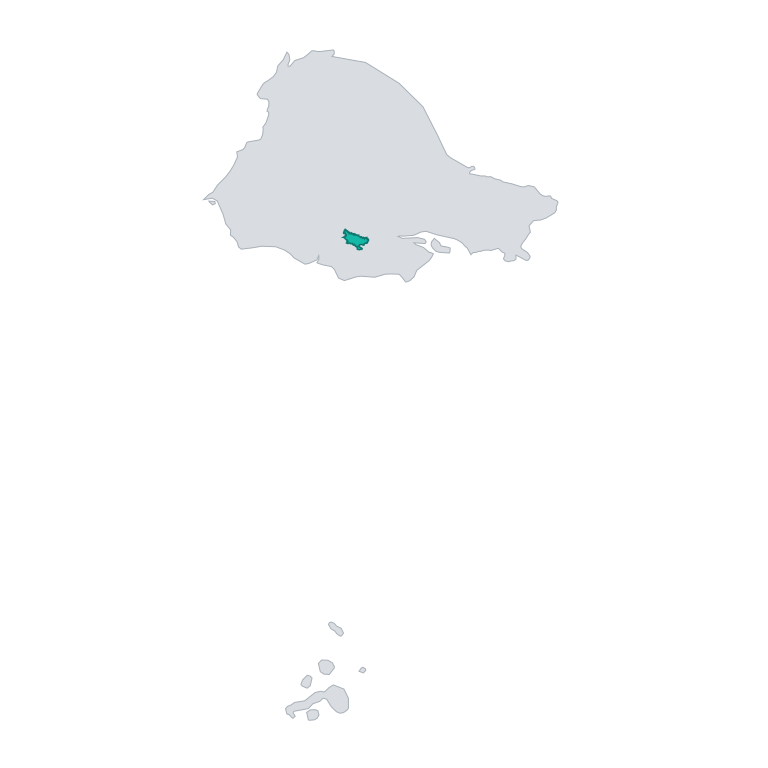 location of Balzar, Guayas, Ecuador, rotated 269°
{"feature_id": "8360857B55301947791088", "entity_name": "Balzar", "entity_type": "district", "adm_level": 2, "iso_a3": "ECU", "parent_name": "Ecuador", "parent_adm1": "Guayas", "projection": "equal_earth", "projection_center": [-79.85, -1.302], "detail": "fine", "context": "in_parent", "style": "filled", "palette": "teal", "viewbox_px": 768, "rotation_deg": 269, "n_neighbors": 0, "source": "geoboundaries", "source_scale": "gbopen_adm2", "svg_char_len": 8126}
<svg xmlns="http://www.w3.org/2000/svg" viewBox="0 0 768 768"><g transform="rotate(269 384 384)"><path d="M717.5,292.7L715.2,294.7L709.6,295.5L705.2,293.6L703.5,293.6L703.3,295.5L709.0,300.5L711.7,309.4L715.8,314.7L718.3,317.4L718.5,319.3L717.7,322.8L717.5,325.8L718.9,339.2L717.9,340.0L714.9,340.0L712.4,337.7L705.8,371.1L684.5,404.2L660.5,427.8L632.7,441.4L612.2,450.8L609.1,454.4L599.1,471.1L598.6,472.7L600.0,475.6L600.1,477.4L598.6,478.5L597.3,478.7L596.7,477.8L596.3,475.8L594.9,473.8L593.4,473.2L592.4,473.7L592.4,475.5L590.3,484.5L590.2,488.9L589.3,490.6L589.4,494.5L587.3,498.2L585.7,504.2L584.1,506.1L581.9,515.4L578.8,524.7L578.6,527.9L579.5,530.1L579.9,532.0L578.5,537.7L571.4,543.3L569.5,546.0L568.7,549.1L569.2,551.7L569.0,553.9L566.7,554.7L564.3,560.0L562.6,561.2L558.1,559.4L554.8,559.4L552.2,557.7L547.1,548.9L545.3,543.6L544.7,536.4L539.7,531.8L533.2,533.0L531.3,531.3L526.5,528.2L522.4,524.8L519.3,523.1L516.9,523.9L513.0,529.7L509.3,532.3L507.7,532.1L505.4,530.4L505.0,528.4L510.6,518.2L506.4,518.1L505.0,515.9L504.8,513.3L504.1,510.6L505.0,507.3L507.1,505.6L510.4,507.0L512.6,507.1L514.1,504.0L517.0,501.6L517.6,500.1L516.1,495.1L515.6,492.4L516.1,490.9L515.9,485.5L515.0,483.5L514.9,480.5L514.1,478.9L513.8,475.2L511.7,473.2L518.4,469.7L520.9,466.9L523.9,464.4L526.4,460.5L528.1,456.8L532.2,439.6L536.0,428.7L535.3,423.5L532.2,416.5L531.5,406.1L531.8,402.9L531.4,400.6L529.3,404.9L529.8,420.2L528.0,427.0L525.4,428.7L523.7,427.5L524.7,416.3L522.8,418.3L519.8,425.9L514.8,431.5L514.5,433.4L513.3,435.7L509.5,433.6L506.6,431.3L497.0,418.7L490.7,416.0L486.9,411.7L486.1,409.8L485.6,407.3L489.5,404.6L493.5,401.1L493.9,393.3L493.8,387.1L490.9,376.6L492.2,362.9L491.5,357.6L488.1,346.2L490.6,340.5L499.5,336.3L502.3,333.5L504.3,324.5L506.3,319.1L510.3,321.2L513.4,321.0L509.2,319.0L505.8,310.8L505.2,307.1L511.8,296.0L515.3,293.1L519.5,287.2L523.1,278.3L523.9,264.3L522.4,254.3L521.3,243.7L523.5,241.0L528.9,239.5L533.3,236.1L535.5,233.0L540.7,233.4L546.8,228.6L556.4,226.1L569.9,220.5L572.8,215.6L571.5,206.8L576.5,212.1L578.8,216.3L585.7,220.9L593.8,229.3L599.2,233.6L605.1,237.4L613.6,241.5L618.7,240.8L620.9,247.1L622.9,248.9L627.8,251.0L628.3,251.8L630.2,263.5L631.2,265.2L635.5,267.0L640.7,267.7L642.8,267.3L647.3,270.6L654.4,273.2L656.9,273.6L658.1,273.1L658.5,271.9L660.6,272.1L663.6,273.6L668.1,273.9L670.8,272.5L671.4,266.0L672.4,264.6L675.6,262.2L677.2,262.7L685.5,267.9L687.2,269.6L689.3,273.2L693.2,278.6L697.4,281.9L703.9,283.4L710.1,289.0L717.5,292.7ZM64.7,285.5L67.2,289.0L68.6,299.1L76.8,309.8L77.9,315.7L77.1,318.5L77.5,319.6L81.5,323.8L84.0,328.2L79.7,338.6L70.5,342.9L60.7,342.8L58.8,341.7L56.1,337.7L55.6,334.2L57.1,330.8L62.2,325.7L69.9,321.1L70.9,317.6L67.8,314.2L65.6,307.4L60.8,302.7L58.3,288.1L56.7,287.4L53.4,289.4L51.7,287.7L51.5,286.7L55.0,283.4L55.8,281.1L61.1,279.9L63.3,281.8L64.7,285.5ZM103.0,329.3L100.9,329.4L94.5,324.1L95.0,318.8L97.5,315.3L105.7,313.5L109.1,316.8L108.8,323.1L106.0,327.7L103.8,328.5L103.0,329.3ZM519.6,450.4L518.8,452.5L514.9,452.3L513.8,451.6L514.7,441.5L515.8,438.3L519.0,435.1L521.6,433.6L525.1,433.9L528.7,436.8L524.4,441.9L521.1,443.4L519.6,450.4ZM58.4,312.2L54.3,313.2L50.9,311.3L49.4,308.4L49.1,304.0L49.4,302.5L57.0,300.9L59.5,304.6L59.5,310.0L58.4,312.2ZM140.4,337.0L135.6,339.2L132.9,337.1L132.7,335.7L135.3,332.3L137.9,330.5L140.2,326.6L144.5,324.3L145.7,324.8L146.6,325.6L146.9,326.9L145.5,330.1L142.9,332.3L140.4,337.0ZM93.2,305.2L91.3,306.9L83.6,305.0L81.2,301.8L83.2,297.4L84.8,295.7L89.4,297.3L94.1,302.2L93.2,305.2ZM99.4,360.6L97.8,360.7L95.5,358.3L97.2,354.0L100.4,356.3L101.2,357.9L99.4,360.6ZM569.5,218.0L567.2,218.4L566.1,215.7L568.9,212.7L569.9,212.1L569.5,218.0Z" fill="#d9dde1" stroke="#a8b0b8" stroke-width="1"/><path d="M539.2,348.2L538.7,348.2L538.6,347.9L538.5,347.7L538.3,347.5L538.3,347.3L537.6,346.7L537.3,346.8L537.1,346.8L536.9,346.9L536.9,347.0L536.6,347.2L536.4,347.3L536.4,347.2L536.2,347.2L536.1,346.9L535.9,346.7L536.0,346.6L535.9,346.5L536.1,346.5L536.1,346.3L535.7,346.3L535.7,347.0L535.3,347.3L535.3,347.6L535.3,347.8L535.1,348.0L534.8,348.2L534.1,348.5L533.8,347.9L533.6,347.8L533.4,348.1L533.4,348.5L533.2,348.6L533.3,348.8L533.1,348.8L533.0,348.5L532.6,348.5L532.5,348.1L532.1,348.1L531.6,347.1L531.9,346.7L531.7,346.5L531.6,346.4L531.4,345.9L531.3,346.4L531.0,346.8L530.9,346.8L530.6,347.4L530.1,347.6L529.8,347.8L529.5,348.3L528.9,348.8L528.7,349.5L528.3,349.8L528.2,349.7L528.0,349.9L527.9,349.8L527.7,350.1L527.5,350.3L527.4,350.4L527.1,350.3L527.2,350.1L527.2,349.9L527.1,349.7L527.0,349.8L526.9,349.6L526.6,349.5L526.4,349.5L526.2,349.6L525.9,349.5L525.7,349.5L525.7,349.3L525.6,349.1L525.2,349.7L525.1,350.4L525.4,351.2L525.7,352.1L525.5,352.4L525.0,352.6L524.8,352.8L524.9,353.3L525.0,353.6L524.9,354.4L525.0,354.7L524.7,354.7L524.7,354.9L524.4,355.2L524.1,355.2L523.9,355.4L523.7,355.5L523.4,355.8L523.4,356.3L523.5,356.5L523.7,357.0L523.9,357.0L523.7,357.2L523.5,356.9L523.3,357.0L523.0,357.7L522.9,357.6L522.7,357.8L522.4,357.8L522.4,358.0L522.1,358.2L522.0,358.5L521.8,358.5L521.7,358.7L521.7,358.9L521.5,359.2L521.6,359.4L521.4,359.4L521.2,359.7L520.8,359.9L520.5,359.6L519.9,359.7L519.5,359.8L519.3,359.7L519.2,359.9L519.0,360.2L518.7,361.9L519.1,362.8L519.0,364.2L519.9,364.5L520.9,363.0L521.0,362.9L521.3,362.2L521.6,362.0L521.7,361.6L521.9,361.4L522.0,361.4L522.1,361.6L522.1,361.4L522.3,361.1L522.5,361.4L522.8,361.7L523.6,361.9L523.6,362.1L523.8,362.2L523.7,362.6L523.8,362.8L523.7,363.4L523.9,363.7L524.0,364.0L523.9,364.5L523.8,365.0L523.5,365.3L523.4,365.2L523.3,365.3L523.4,365.7L523.3,365.8L523.3,366.0L523.2,366.2L523.3,366.3L523.5,366.6L524.0,366.5L524.3,366.6L524.5,366.7L524.6,366.8L524.7,367.0L524.8,367.1L524.9,367.5L525.2,367.8L525.1,368.0L525.3,368.1L525.4,368.3L525.4,368.5L525.1,368.9L525.1,369.0L525.0,369.3L525.1,369.5L525.3,369.6L525.5,369.4L526.1,370.0L526.4,369.7L527.0,370.4L527.2,370.2L527.7,371.0L528.7,371.0L528.9,370.7L529.1,370.6L528.9,370.3L529.0,370.1L529.1,369.6L529.5,369.6L530.0,369.9L530.2,369.6L530.1,369.2L530.3,369.2L530.2,369.1L530.1,368.9L530.3,368.6L530.5,368.8L530.6,368.7L530.4,368.6L530.3,368.4L530.3,368.2L530.3,367.9L530.2,367.7L530.4,367.6L530.3,367.4L530.2,367.4L530.2,367.1L530.4,367.0L530.4,366.8L530.5,366.7L530.4,366.6L530.2,366.6L530.5,366.4L530.3,366.3L530.4,366.1L530.3,365.8L530.6,365.8L530.4,365.5L530.4,365.4L530.4,365.5L530.5,365.5L530.6,365.3L530.5,365.0L530.7,364.9L530.8,364.9L530.9,364.6L531.0,364.7L531.2,364.4L530.9,364.4L531.0,364.3L530.9,364.2L531.0,364.0L531.0,363.7L531.2,363.8L531.3,363.6L531.2,363.4L531.3,363.2L531.2,363.3L531.1,363.1L531.3,363.1L531.2,362.9L531.3,362.8L531.4,362.7L531.5,362.8L531.5,362.6L531.8,362.2L532.0,362.2L532.1,361.9L532.2,361.7L532.3,361.6L532.5,361.4L532.6,361.2L532.8,361.2L532.7,361.1L533.0,360.8L532.9,360.7L533.0,360.6L532.9,360.5L533.0,360.4L532.9,360.3L533.0,360.2L533.2,359.9L533.2,359.5L533.3,359.4L533.4,359.1L533.5,359.0L533.4,358.8L533.5,358.7L533.4,358.7L533.4,358.4L533.5,358.5L533.5,358.4L533.7,358.2L533.8,357.8L533.9,358.0L534.1,357.8L534.0,357.7L534.1,357.4L533.9,357.1L534.0,357.1L534.0,356.9L534.1,357.0L534.1,356.8L534.2,356.7L534.3,356.7L534.6,356.6L534.6,356.2L534.3,356.0L534.4,355.9L534.5,355.8L534.5,355.7L534.6,355.8L534.6,355.6L534.8,355.8L534.8,355.7L534.8,355.4L534.9,355.5L535.0,355.3L535.0,355.2L534.9,354.9L534.9,354.7L534.9,354.8L535.0,354.8L534.9,354.9L535.0,354.9L535.0,354.5L535.0,354.2L535.3,353.9L535.2,353.9L535.3,353.7L535.2,353.8L535.2,353.6L535.3,353.4L535.1,353.2L535.3,353.1L535.2,353.1L535.3,352.9L535.2,352.9L535.2,352.7L535.3,352.6L535.2,352.4L535.4,352.5L535.3,352.4L535.5,352.1L535.5,351.9L535.8,351.8L535.9,351.6L536.0,351.9L536.0,351.7L536.1,351.9L536.3,351.9L536.4,351.7L536.6,351.4L536.5,351.2L536.5,351.3L536.4,351.0L536.5,350.9L536.6,350.7L536.5,350.4L536.8,350.3L536.9,350.5L536.9,350.3L537.0,350.5L537.1,350.3L537.3,350.3L537.3,350.2L537.6,350.2L537.7,349.9L537.8,349.8L537.7,349.6L537.9,349.5L537.9,349.4L537.9,349.2L537.8,348.9L537.9,348.6L538.0,348.5L538.3,348.4L538.3,348.2L538.5,348.1L538.5,348.4L538.6,348.5L538.7,348.4L538.7,348.6L538.9,348.4L539.1,348.4L539.2,348.2Z" fill="#14b8a6" stroke="#0f766e" stroke-width="1.5"/></g></svg>